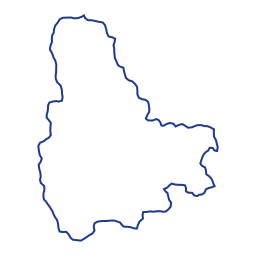 the district of Divino das Laranjeiras, Minas Gerais, Brazil
{"feature_id": "56859067B59658665671688", "entity_name": "Divino das Laranjeiras", "entity_type": "district", "adm_level": 2, "iso_a3": "BRA", "parent_name": "Brazil", "parent_adm1": "Minas Gerais", "projection": "natural_earth1", "projection_center": [-41.495, -18.7], "detail": "fine", "context": "isolated", "style": "outline", "palette": "blue", "viewbox_px": 256, "rotation_deg": 0, "n_neighbors": 0, "source": "geoboundaries", "source_scale": "gbopen_adm2", "svg_char_len": 2738}
<svg xmlns="http://www.w3.org/2000/svg" viewBox="0 0 256 256"><path d="M214.0,129.3L210.3,127.3L207.5,126.2L204.3,126.1L201.3,125.1L197.6,125.1L194.4,126.2L192.1,127.3L188.0,127.7L185.3,125.8L182.4,124.1L179.1,124.8L175.6,126.5L173.5,123.7L169.6,123.0L166.1,124.2L163.6,125.8L161.3,125.4L160.5,122.7L158.7,120.1L156.4,119.1L152.3,120.6L147.9,120.3L145.8,118.5L147.4,114.9L149.2,111.9L149.3,108.4L148.8,105.0L148.0,101.7L145.5,99.8L142.1,99.2L138.9,97.8L137.4,94.4L137.4,90.8L137.1,86.9L135.0,83.9L132.1,81.3L128.8,80.3L125.9,77.9L124.3,72.4L123.3,67.7L120.1,66.6L117.8,64.9L116.6,61.8L114.9,58.0L114.3,52.8L114.2,48.3L113.5,45.3L114.6,41.9L115.1,38.7L112.2,37.3L108.6,36.5L106.9,32.9L106.2,29.2L104.9,25.0L102.8,22.5L98.7,21.8L95.0,20.9L91.8,20.3L88.0,20.2L85.2,18.2L84.0,15.4L81.9,16.7L78.3,18.0L74.5,18.4L71.0,17.5L67.1,17.6L62.8,17.8L59.7,19.3L57.7,22.6L55.2,25.7L54.1,29.0L53.7,32.6L52.3,35.1L51.8,38.7L52.0,41.9L50.6,45.3L49.9,49.4L51.5,52.2L52.8,55.0L53.6,57.7L55.4,60.8L56.3,64.9L56.2,68.2L56.1,72.5L55.6,75.9L55.8,78.7L57.0,82.0L60.7,85.7L61.9,90.1L62.0,93.5L62.6,96.9L62.0,100.6L58.7,101.6L56.1,101.0L52.7,101.6L49.4,102.5L48.1,105.3L48.0,108.4L47.6,111.8L46.7,114.6L46.7,117.7L48.8,120.1L50.8,122.8L50.5,126.9L50.3,131.2L50.8,135.1L48.8,137.8L46.0,139.3L43.6,141.3L40.1,142.7L38.3,146.0L38.7,149.2L39.2,152.3L39.8,155.1L41.8,158.5L40.6,161.9L38.7,164.7L39.2,168.6L40.4,173.0L40.7,177.0L40.0,179.8L40.9,183.1L44.2,186.0L44.4,189.8L43.5,193.3L43.4,196.7L44.0,199.5L46.0,201.6L47.6,204.0L49.2,206.1L50.7,208.4L52.5,211.4L53.7,214.4L55.2,217.5L56.9,219.7L58.0,223.4L58.5,228.2L59.6,231.5L62.9,232.1L66.2,231.8L68.6,234.3L70.6,237.8L72.8,239.7L77.0,240.2L80.9,240.6L84.3,238.7L87.2,236.6L89.7,235.0L92.4,233.6L94.5,230.6L93.7,226.2L94.6,223.3L97.4,221.7L100.3,221.2L103.4,221.0L106.6,221.0L110.5,220.6L114.7,220.6L117.4,221.6L120.1,222.5L122.1,225.2L124.1,226.7L127.4,226.8L130.9,227.2L133.7,228.3L136.9,228.6L137.8,225.2L139.5,221.6L142.9,218.6L142.6,214.9L143.1,212.1L145.9,212.0L149.9,211.4L153.6,211.7L157.4,211.2L160.7,211.3L163.3,211.8L166.0,211.4L168.4,209.3L170.6,206.8L171.1,202.6L169.1,199.8L168.2,196.2L167.4,192.8L165.4,191.4L164.0,189.0L166.9,187.9L169.2,185.5L171.7,183.6L174.9,184.5L178.2,184.8L182.4,184.9L185.1,185.4L185.9,187.9L186.1,191.4L188.4,192.7L192.1,192.8L194.1,195.4L197.2,196.1L199.2,194.7L202.0,194.5L204.4,192.8L205.9,189.3L209.0,187.9L212.0,187.2L214.6,186.1L213.3,183.4L212.4,180.7L211.0,178.1L209.0,176.1L206.3,174.3L206.0,170.7L205.1,167.4L201.9,165.8L200.3,163.5L201.3,160.3L202.4,157.1L203.9,154.1L205.7,152.1L208.0,150.8L209.8,147.7L212.8,148.0L214.5,150.5L217.1,151.0L217.7,146.9L217.0,144.4L215.9,140.0L214.0,136.5L213.8,132.7L214.0,129.3Z" fill="none" stroke="#1e3a8a" stroke-width="2"/></svg>